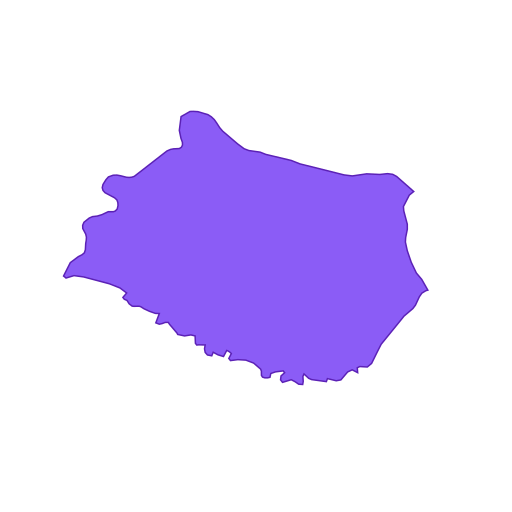 outline of Botosani, rotated 142°
{"feature_id": "ROU-287", "entity_name": "Botosani", "entity_type": "County", "adm_level": 1, "iso_a3": "ROU", "parent_name": "Romania", "parent_adm1": "", "projection": "mercator", "projection_center": [26.907, 47.851], "detail": "fine", "context": "isolated", "style": "filled", "palette": "violet", "viewbox_px": 512, "rotation_deg": 142, "n_neighbors": 0, "source": "natural_earth", "source_scale": "10m", "svg_char_len": 2351}
<svg xmlns="http://www.w3.org/2000/svg" viewBox="0 0 512 512"><g transform="rotate(142 256 256)"><path d="M236.6,100.0L242.3,105.0L245.0,105.6L247.7,101.5L250.3,107.1L255.2,108.2L265.4,106.1L269.6,108.3L275.2,115.4L277.9,113.7L288.3,124.4L289.8,127.2L290.8,133.5L293.2,132.2L296.0,128.1L298.3,126.0L301.3,128.7L302.6,132.9L304.4,136.8L312.9,140.1L312.9,143.3L310.1,146.1L305.3,146.4L305.3,148.7L312.0,152.7L316.7,154.3L319.7,151.8L321.8,152.8L324.1,154.6L325.4,156.5L325.4,156.8L325.2,158.6L322.6,162.0L322.0,164.1L323.8,173.1L328.1,180.2L334.1,185.5L340.5,189.3L340.5,192.0L335.5,194.3L335.7,195.9L336.1,197.3L336.6,198.5L337.2,199.6L343.5,196.8L346.8,201.5L349.0,206.5L352.3,204.6L355.2,207.9L355.4,211.3L353.7,214.6L350.8,217.2L356.0,221.4L357.5,222.3L357.5,223.0L357.5,224.5L353.2,230.5L355.9,233.9L361.5,237.0L366.0,242.4L365.7,244.0L366.2,255.4L366.0,257.7L368.5,259.6L371.5,260.5L374.2,261.8L376.1,265.0L367.6,270.2L370.6,272.7L374.0,278.0L376.8,283.5L377.9,286.7L378.9,288.3L383.3,291.6L384.5,292.8L384.6,293.4L385.4,296.4L385.0,300.4L386.4,303.0L386.4,305.3L380.7,306.5L382.9,314.6L388.6,324.3L404.7,345.6L411.5,352.6L419.3,355.6L419.5,356.7L420.0,358.7L406.4,365.1L396.4,364.9L392.4,364.1L389.3,364.2L386.6,366.0L382.4,370.8L380.0,373.0L378.0,375.3L376.7,378.1L375.6,384.3L373.7,386.9L370.8,388.5L364.1,388.6L360.6,387.7L356.5,385.2L352.1,383.5L345.2,381.9L341.1,378.7L339.2,378.1L336.4,378.5L333.7,380.7L332.0,383.1L331.1,385.8L331.6,388.9L336.0,398.8L336.2,401.9L335.1,404.5L332.5,406.6L327.3,408.5L323.6,409.2L318.8,407.6L315.8,405.4L313.3,402.6L309.6,397.8L307.6,396.0L305.4,394.6L302.9,393.7L261.5,393.6L257.7,392.6L255.0,391.2L250.3,387.9L247.8,387.6L245.6,388.7L244.0,390.9L242.7,394.9L239.1,402.2L229.2,412.0L219.0,410.5L216.4,408.6L212.9,405.5L206.8,396.9L205.5,393.2L204.9,389.1L205.1,384.9L205.6,379.5L205.4,374.9L201.5,355.8L199.3,347.8L196.7,343.5L188.8,335.3L185.7,330.0L169.4,309.6L164.7,301.6L136.6,265.6L130.8,259.8L118.2,252.6L108.2,244.0L101.6,239.9L98.0,236.2L96.2,232.1L92.0,209.7L97.7,209.6L109.4,204.2L111.8,200.5L117.2,187.9L120.3,183.9L126.7,178.4L129.7,175.0L133.5,167.1L137.5,155.6L140.1,143.9L139.8,135.5L141.6,123.3L143.6,124.1L148.2,124.6L152.4,123.3L160.6,119.1L164.8,118.0L176.5,117.5L180.6,116.5L211.7,109.4L219.2,105.9L231.0,100.2L236.6,100.0Z" fill="#8b5cf6" stroke="#5b21b6" stroke-width="1.5"/></g></svg>